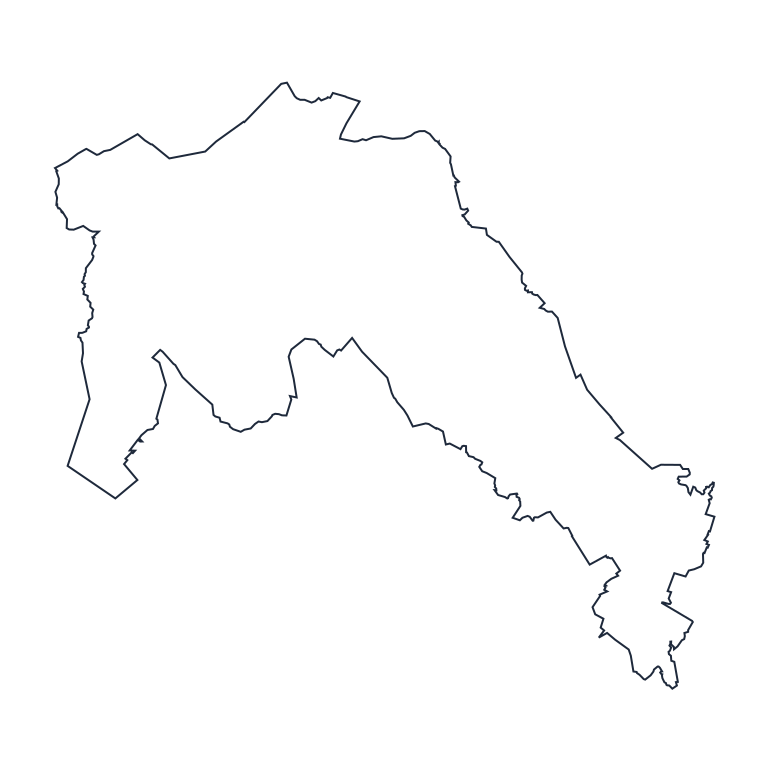 Apan, Hidalgo, Mexico (Natural Earth projection), rotated 91°
{"feature_id": "50627088B34468221751825", "entity_name": "Apan", "entity_type": "district", "adm_level": 2, "iso_a3": "MEX", "parent_name": "Mexico", "parent_adm1": "Hidalgo", "projection": "natural_earth1", "projection_center": [-98.42, 19.732], "detail": "fine", "context": "isolated", "style": "outline", "palette": "slate", "viewbox_px": 768, "rotation_deg": 91, "n_neighbors": 0, "source": "geoboundaries", "source_scale": "gbopen_adm2", "svg_char_len": 6046}
<svg xmlns="http://www.w3.org/2000/svg" viewBox="0 0 768 768"><g transform="rotate(91 384 384)"><path d="M683.6,90.4L680.4,85.9L677.0,86.9L676.7,85.0L656.7,88.9L655.7,91.9L650.7,92.4L649.1,94.4L646.8,94.8L645.7,93.5L642.5,92.3L640.6,94.0L638.6,93.1L636.6,93.2L636.5,92.4L639.2,92.5L641.8,89.6L644.2,89.4L641.2,85.9L635.0,81.7L633.8,79.4L630.8,78.8L627.7,79.3L626.5,75.6L624.7,75.6L616.6,71.1L615.5,71.8L598.2,102.2L597.5,102.0L597.5,101.0L598.9,95.8L598.9,94.2L597.7,93.3L593.5,95.6L587.1,93.3L586.1,96.8L568.1,90.4L571.2,79.1L565.2,76.0L563.8,70.6L560.8,63.8L557.1,61.7L548.4,62.1L547.2,61.5L547.5,60.6L541.7,58.4L542.0,57.5L539.2,56.3L538.3,58.8L535.8,57.5L534.4,61.0L529.2,57.4L529.0,57.9L525.4,56.6L525.7,55.5L510.9,51.3L508.5,60.1L497.5,56.3L494.1,57.3L493.5,56.2L493.7,55.2L492.0,54.3L490.6,54.8L489.8,56.3L487.9,57.3L486.9,56.1L485.5,55.7L484.4,54.2L482.2,54.1L480.9,52.9L479.3,52.6L477.0,52.5L476.7,53.6L478.3,54.3L479.3,56.0L481.6,57.5L481.0,59.2L481.3,60.2L482.6,60.0L485.0,62.4L487.0,61.7L488.6,62.8L488.7,64.4L487.0,66.0L485.7,68.7L484.7,69.9L482.1,71.0L481.3,73.0L489.3,75.7L486.8,77.7L482.7,78.4L480.6,79.8L479.9,80.7L479.2,85.3L478.3,87.3L477.0,88.0L475.2,86.9L473.8,88.7L471.5,87.7L471.3,79.8L469.1,76.8L467.4,76.7L463.7,78.3L463.8,83.7L459.7,86.5L459.9,105.7L464.1,114.5L435.9,147.2L433.9,151.3L428.5,144.0L413.4,156.6L413.2,156.3L400.7,168.1L386.2,180.8L371.2,187.7L374.5,192.1L343.2,203.7L314.9,211.5L308.7,217.3L308.8,221.5L307.7,223.6L306.2,225.1L305.1,229.6L300.4,224.8L292.3,232.2L292.5,233.7L291.9,236.0L291.0,237.4L289.6,237.7L289.8,241.7L288.0,241.7L288.3,243.1L287.4,244.7L285.9,244.8L283.4,243.6L280.2,247.7L277.3,248.2L273.1,248.2L271.3,247.5L270.0,248.0L254.8,260.7L239.8,271.7L239.8,274.0L233.1,283.7L226.8,284.8L225.4,299.0L223.9,300.0L222.3,302.6L221.1,302.1L219.0,304.5L215.5,306.8L214.7,308.4L213.8,308.6L213.1,306.3L209.2,302.9L207.2,303.8L208.2,306.5L208.1,308.4L207.3,310.3L184.9,316.5L184.5,315.6L180.9,316.1L181.0,313.5L180.4,312.5L176.2,317.0L174.3,317.8L174.4,318.3L163.2,320.9L161.7,321.7L155.3,321.4L147.9,327.0L146.7,329.6L143.3,332.9L142.7,332.6L142.1,333.5L140.8,333.5L141.5,334.2L140.6,334.9L139.7,337.1L133.2,342.6L130.4,347.7L130.6,353.1L132.3,357.7L135.4,361.6L138.0,368.2L138.7,380.0L136.4,391.0L137.3,398.8L140.6,406.2L139.6,409.7L141.7,414.4L142.1,417.9L139.5,432.3L135.3,431.4L124.0,426.1L101.9,413.3L97.8,426.7L97.3,427.3L93.9,440.2L98.8,442.8L98.3,445.4L99.1,445.9L101.6,451.7L99.2,454.3L102.4,457.6L103.9,461.3L101.2,468.4L101.3,472.8L99.8,476.2L97.8,478.3L84.4,486.3L85.7,492.0L124.6,528.2L124.2,528.9L144.5,556.1L154.7,566.8L162.2,602.6L148.5,620.0L148.4,621.3L144.5,627.5L138.5,634.7L154.7,661.8L156.1,668.1L159.3,673.1L159.9,675.2L154.1,685.6L154.3,686.2L159.1,694.3L166.9,704.1L173.8,716.7L176.5,714.4L177.0,715.4L184.2,712.7L190.0,712.7L197.6,715.9L203.4,714.1L210.4,714.7L210.2,713.9L212.1,713.8L214.1,712.7L213.9,711.6L217.0,709.0L217.5,709.5L218.3,708.6L218.0,708.1L224.7,703.8L233.6,704.0L235.0,701.5L235.1,696.9L231.2,687.5L235.6,681.0L236.7,678.0L236.6,671.8L241.7,677.0L242.4,676.4L242.5,678.0L244.7,676.9L248.9,676.4L250.5,674.8L258.2,678.1L259.6,678.0L261.2,676.7L261.9,676.8L265.1,678.0L273.4,684.1L277.4,684.1L279.4,685.3L281.0,684.9L282.0,685.9L285.2,686.2L287.4,687.8L288.4,686.8L289.0,684.7L290.1,685.4L292.0,684.7L294.2,686.8L296.8,685.6L299.3,686.0L301.1,681.7L304.7,682.1L308.0,678.8L311.8,679.1L314.7,676.0L318.2,677.0L322.1,676.6L323.4,677.1L325.7,680.4L330.5,681.1L331.7,680.1L332.7,680.0L334.1,682.3L336.5,682.7L338.1,686.5L338.2,689.8L342.2,690.7L343.2,688.3L345.7,687.8L347.9,686.2L358.5,685.5L366.7,686.7L404.4,678.1L471.4,698.9L503.1,650.6L484.3,628.9L468.6,642.5L464.6,639.3L463.2,641.2L456.8,635.1L457.5,633.9L455.0,631.7L454.9,637.1L444.1,629.2L445.8,626.8L445.7,624.8L442.6,627.9L439.5,625.7L434.1,619.7L433.0,614.2L429.9,612.5L427.3,609.3L423.5,609.9L422.7,611.0L388.9,602.0L366.5,609.0L361.6,615.9L353.8,608.4L355.6,605.9L367.5,594.9L368.7,593.0L380.6,585.6L392.7,572.6L407.6,555.3L417.9,553.9L419.4,552.1L420.6,547.8L424.4,546.8L426.1,539.7L427.2,538.0L429.4,537.3L431.8,534.1L434.3,526.4L432.1,522.7L430.8,516.5L426.2,512.3L423.7,508.8L424.3,505.4L423.1,499.9L418.3,495.6L416.9,495.0L415.7,492.3L416.0,488.5L417.1,485.5L417.2,481.0L401.1,476.4L397.7,477.8L399.0,471.1L380.4,474.4L358.4,479.8L351.1,477.2L340.1,463.8L340.9,454.2L342.4,451.7L345.1,449.7L345.7,448.0L347.8,447.3L350.9,443.9L357.4,435.1L351.2,431.4L350.3,429.2L351.3,427.5L338.5,416.7L352.1,406.5L377.7,380.8L392.8,376.1L397.6,373.8L398.5,372.5L402.0,370.4L409.5,363.7L415.1,360.0L426.0,354.4L422.7,341.6L423.2,338.6L427.7,331.1L427.2,330.9L427.9,328.8L430.5,324.2L443.4,321.1L442.4,317.2L447.8,306.4L444.8,304.6L444.4,303.2L444.7,300.9L450.8,300.7L451.0,299.9L454.6,297.9L455.6,293.2L457.2,291.6L459.2,286.3L460.6,284.4L462.8,285.2L463.2,286.2L465.2,287.3L469.5,284.3L471.2,279.8L476.2,271.1L481.5,271.9L483.4,271.1L485.0,271.4L486.5,270.0L488.3,269.8L488.2,271.6L493.0,268.0L494.9,261.1L496.3,258.8L496.0,258.0L494.2,257.5L492.3,256.0L491.2,249.2L491.8,248.8L492.5,249.7L494.5,249.4L495.4,247.0L496.7,246.3L497.7,246.9L499.1,245.8L503.5,245.5L515.5,253.0L517.9,245.8L515.3,243.2L513.4,238.1L514.2,236.0L518.1,233.0L518.0,232.3L515.1,231.7L514.6,230.9L514.7,227.7L509.7,219.0L508.9,215.5L516.7,210.1L525.3,201.9L524.6,198.7L524.8,197.2L532.5,193.1L532.9,193.5L561.0,175.2L551.8,159.1L552.8,158.9L553.8,157.7L553.1,157.0L553.9,156.1L554.4,154.2L554.1,153.0L566.5,144.7L569.5,148.4L571.6,146.6L574.8,153.3L578.4,158.0L580.8,159.7L581.8,158.4L582.4,160.0L583.7,159.0L585.9,160.2L587.5,157.2L590.9,164.8L592.1,164.2L603.5,171.6L610.6,168.8L614.9,160.5L623.8,163.1L626.6,159.6L633.8,164.8L629.0,156.6L635.6,148.5L645.2,134.7L651.3,132.5L667.1,129.6L667.5,126.4L668.6,126.0L670.3,123.4L674.5,119.2L675.0,117.7L670.6,112.3L666.8,109.6L664.8,109.1L661.7,105.5L661.7,104.5L662.9,103.2L666.5,101.0L666.6,102.0L667.7,102.8L669.3,101.5L669.4,100.7L670.7,101.0L673.3,100.5L677.4,98.4L678.1,96.9L679.8,96.4L680.3,95.7L680.5,93.5L683.6,90.4Z" fill="none" stroke="#1e293b" stroke-width="2"/></g></svg>